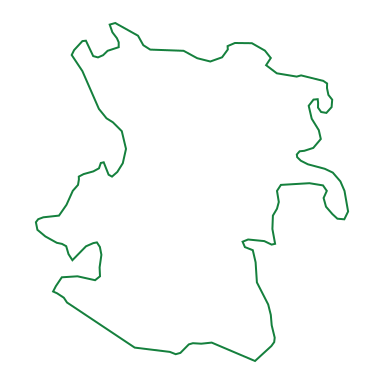 map outline of Hamadan (orthographic projection)
{"feature_id": "IRN-3233", "entity_name": "Hamadan", "entity_type": "Province", "adm_level": 1, "iso_a3": "IRN", "parent_name": "Iran", "parent_adm1": "", "projection": "orthographic", "projection_center": [48.6, 34.872], "detail": "fine", "context": "isolated", "style": "outline", "palette": "green", "viewbox_px": 384, "rotation_deg": 0, "n_neighbors": 0, "source": "natural_earth", "source_scale": "10m", "svg_char_len": 1775}
<svg xmlns="http://www.w3.org/2000/svg" viewBox="0 0 384 384"><path d="M327.1,83.5L327.0,88.1L328.4,94.9L332.2,99.7L331.6,107.1L326.4,112.9L321.1,112.0L318.0,107.6L318.1,102.8L317.7,99.2L313.5,99.6L308.7,105.8L311.7,118.7L318.8,130.2L320.8,139.0L313.3,147.9L304.3,150.8L299.6,151.3L296.8,154.5L297.2,157.2L300.8,160.7L307.9,164.3L324.8,168.8L332.8,172.6L340.4,181.4L344.5,190.9L348.1,211.5L344.3,219.3L337.4,218.7L332.3,214.0L326.0,206.7L323.6,198.0L326.8,190.9L323.0,185.4L309.4,183.2L280.9,184.9L277.0,190.9L278.8,202.0L277.0,208.7L272.9,215.6L272.4,229.0L275.1,243.8L271.6,244.6L264.3,241.1L248.1,239.5L242.6,241.7L244.9,247.1L252.8,250.2L255.6,262.3L256.9,282.4L268.2,304.5L270.8,314.9L271.7,325.3L274.7,337.7L274.2,342.1L271.4,346.0L255.0,361.0L211.7,342.6L201.3,343.7L192.9,343.2L188.8,344.4L180.4,352.9L175.7,354.2L169.9,351.9L134.7,347.6L67.0,302.5L63.8,297.7L57.1,293.3L53.1,291.5L55.9,286.1L61.8,277.3L77.5,276.3L95.1,280.2L100.0,276.3L99.6,267.4L101.4,254.8L99.9,247.0L96.9,242.4L93.3,243.1L86.0,246.3L72.4,260.2L68.5,254.1L66.2,246.2L62.0,243.9L56.8,242.8L45.3,236.4L37.4,229.8L35.9,222.2L38.2,219.2L43.3,217.3L59.0,215.6L66.5,204.8L72.8,190.8L78.0,184.9L78.9,179.5L78.8,176.6L83.6,174.1L93.3,171.4L99.0,168.3L100.8,163.0L103.7,162.3L108.6,174.7L112.0,176.6L117.3,172.0L122.8,163.2L126.0,148.9L121.8,131.2L112.9,122.3L106.5,118.3L98.9,108.9L82.4,71.1L71.7,55.0L74.1,50.1L82.4,41.1L85.9,40.7L93.2,56.1L98.0,57.4L103.1,55.2L107.6,50.8L118.7,47.2L118.7,42.3L116.9,38.2L112.4,32.3L109.7,24.6L115.2,23.0L138.0,35.7L143.3,45.2L150.2,49.6L183.6,50.8L197.2,58.2L210.3,61.5L222.1,57.3L227.8,49.5L227.6,46.1L234.9,43.0L251.9,43.2L264.9,50.6L270.8,58.0L266.1,65.2L276.8,73.3L296.7,76.6L301.1,75.4L323.3,80.9L327.1,83.5Z" fill="none" stroke="#15803d" stroke-width="2"/></svg>